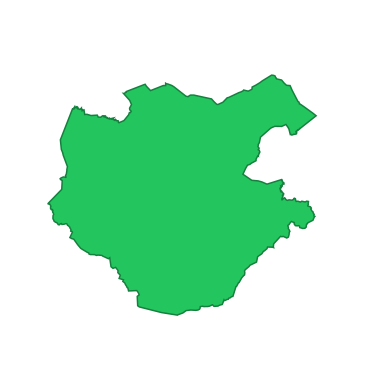 Jaunpiebalgas pag., Jaunpiebalgas, Latvia (Albers equal-area conic projection), rotated 163°
{"feature_id": "27541924B32667886531157", "entity_name": "Jaunpiebalgas pag.", "entity_type": "district", "adm_level": 2, "iso_a3": "LVA", "parent_name": "Latvia", "parent_adm1": "Jaunpiebalgas", "projection": "albers", "projection_center": [26.006, 57.148], "detail": "fine", "context": "isolated", "style": "filled", "palette": "green", "viewbox_px": 384, "rotation_deg": 163, "n_neighbors": 0, "source": "geoboundaries", "source_scale": "gbopen_adm2", "svg_char_len": 6003}
<svg xmlns="http://www.w3.org/2000/svg" viewBox="0 0 384 384"><g transform="rotate(163 192 192)"><path d="M192.9,78.7L191.9,78.6L190.0,79.0L188.7,78.8L187.8,79.7L186.5,79.6L184.8,80.3L183.4,80.2L177.6,88.7L177.0,88.7L174.0,91.7L173.5,91.6L169.5,95.4L167.1,96.9L166.0,97.3L165.1,99.3L164.8,101.2L163.8,102.1L159.3,104.0L158.0,105.0L150.8,106.1L148.1,111.0L143.3,112.5L141.0,114.4L140.0,114.5L136.8,115.9L135.9,117.3L131.2,115.7L130.2,115.0L130.2,115.9L129.0,118.6L120.3,123.7L119.1,122.9L117.8,122.9L114.8,120.3L113.0,120.7L111.6,122.9L110.7,125.2L110.0,125.5L110.0,126.9L110.6,128.8L110.2,129.8L110.2,131.8L109.6,132.3L109.0,132.3L106.5,134.3L105.3,134.7L104.9,134.1L103.2,133.0L103.1,132.5L103.6,131.9L103.6,131.5L103.0,129.6L101.4,128.9L99.8,128.6L99.2,127.9L99.4,126.5L96.7,124.7L94.6,124.3L93.1,125.0L91.9,127.7L91.1,127.8L90.1,128.7L84.6,129.6L82.3,132.4L81.6,132.8L82.4,133.6L82.3,134.1L81.7,134.9L82.1,135.9L82.1,136.6L82.3,136.8L82.1,137.7L83.0,139.1L83.1,140.3L83.4,140.9L83.2,141.3L82.6,141.6L82.6,141.9L82.8,142.1L83.0,143.1L85.3,144.8L85.1,145.4L84.3,146.2L84.2,147.5L83.4,148.5L83.4,148.9L85.0,149.7L86.7,149.4L89.7,151.1L91.3,150.7L93.5,152.3L95.1,152.5L95.4,154.4L95.1,154.7L95.1,155.4L95.8,156.1L96.5,156.0L97.0,155.3L98.7,154.9L101.1,156.0L102.3,156.2L102.9,156.0L103.6,156.3L104.5,157.4L104.7,158.7L105.3,159.4L105.8,159.3L108.2,158.2L108.3,158.4L108.1,159.3L106.2,161.5L106.5,161.9L106.3,162.0L106.1,162.7L105.3,162.6L104.8,163.6L105.5,164.7L105.5,165.1L105.9,165.5L106.1,166.2L106.8,166.1L107.0,167.0L106.3,167.0L106.5,167.3L106.7,168.6L107.0,169.0L106.8,169.7L106.6,169.6L106.5,169.9L106.1,170.0L105.8,170.6L105.3,170.1L104.8,170.8L105.0,171.6L104.3,171.1L104.0,171.2L103.8,171.6L103.8,172.6L103.1,173.1L102.6,172.9L102.6,173.3L102.3,173.4L101.6,173.0L101.5,174.0L102.1,174.3L102.2,175.0L102.5,175.2L102.3,175.7L102.6,176.3L102.4,176.4L102.3,177.0L102.9,177.1L102.8,177.7L118.0,177.6L122.1,181.1L125.5,183.3L131.4,185.7L138.1,194.1L133.8,198.9L131.1,201.4L128.5,201.5L126.7,202.2L121.6,203.2L121.1,204.7L118.7,207.2L118.2,206.8L118.2,207.3L117.6,207.7L116.4,209.6L116.2,209.5L115.4,210.4L115.5,212.3L116.3,213.0L115.8,213.7L115.1,214.1L115.1,214.7L115.7,216.1L114.6,217.9L114.7,218.2L113.2,219.4L110.5,224.4L98.6,229.8L97.3,230.2L93.6,230.6L87.1,228.5L82.4,229.1L81.2,225.4L80.9,223.7L81.2,218.3L80.6,218.3L80.5,217.7L80.1,217.4L78.8,217.2L77.8,217.5L77.2,217.2L75.4,217.0L75.0,217.2L75.0,217.6L74.7,217.9L75.0,218.1L75.0,218.4L74.8,218.5L74.8,218.9L74.6,218.7L74.1,219.6L73.9,219.5L73.4,220.1L72.8,220.1L72.9,220.4L72.7,220.6L72.1,220.6L72.2,220.3L72.0,220.2L71.2,220.7L70.7,220.7L70.3,221.3L69.9,221.2L51.0,228.6L53.4,232.1L60.2,241.1L62.9,244.5L63.5,244.8L63.4,245.5L63.5,246.9L64.2,247.5L66.5,260.0L67.1,265.1L70.4,266.4L72.0,269.1L73.6,272.9L78.1,275.5L78.1,276.4L78.5,276.7L78.6,278.6L79.7,279.6L81.7,280.5L92.4,277.7L95.1,276.7L99.8,275.5L103.8,274.8L104.5,272.9L105.3,272.6L108.7,272.0L112.8,274.4L113.9,273.7L116.0,273.4L118.4,273.3L129.2,271.7L130.8,271.8L136.2,268.8L141.6,268.1L142.7,268.6L144.5,271.8L146.1,275.3L162.0,284.2L165.1,285.1L166.4,284.9L167.8,284.3L169.8,285.4L178.6,298.0L180.2,299.8L183.6,302.4L184.7,302.9L185.4,303.7L186.1,301.5L188.4,302.2L202.0,301.1L204.7,306.5L205.3,308.7L206.2,308.7L225.4,307.3L225.4,306.9L225.7,306.6L226.7,306.7L227.8,305.9L228.7,306.3L224.8,297.8L224.3,293.3L227.2,290.4L227.5,288.8L226.5,287.0L227.7,285.9L228.6,286.3L230.1,284.3L236.2,280.2L241.6,279.6L242.0,280.0L241.8,280.7L241.8,281.7L243.4,282.3L243.5,282.9L244.0,283.9L244.5,283.8L244.3,283.2L244.8,283.0L245.0,283.1L245.0,283.6L245.7,283.9L245.9,284.1L245.8,285.4L245.3,285.7L247.0,285.8L246.9,285.1L247.3,284.9L248.4,285.9L249.2,285.8L249.3,286.0L249.1,286.4L249.2,286.7L249.9,286.3L250.7,286.8L250.9,287.7L251.6,287.4L251.8,287.6L251.7,287.9L252.1,288.7L252.6,288.7L252.5,289.4L253.3,289.4L252.7,290.0L252.8,290.3L253.4,290.3L253.5,289.9L254.2,290.0L254.4,290.3L254.3,290.7L255.3,291.0L257.5,290.2L259.8,291.1L260.1,293.2L266.3,294.7L269.7,297.0L271.9,297.5L271.3,302.1L272.8,301.9L272.4,302.4L272.5,302.7L273.5,302.9L273.2,303.5L273.5,303.6L273.5,304.0L273.3,304.6L274.0,304.2L273.8,304.0L273.8,303.8L275.4,303.9L276.0,304.7L276.8,304.8L276.9,305.8L276.4,306.1L276.6,306.7L277.1,307.3L277.6,307.3L277.8,307.2L278.0,306.6L278.3,306.4L278.6,307.0L279.1,307.2L279.1,307.9L279.4,307.6L280.2,307.2L280.2,306.4L280.7,305.9L281.9,306.5L302.6,280.4L304.5,270.9L304.2,267.4L304.4,264.7L303.7,252.7L305.1,250.1L305.2,249.5L307.1,245.6L308.1,244.9L308.2,243.0L308.5,242.9L310.0,243.8L310.8,244.0L313.3,243.7L314.2,243.3L314.1,242.3L313.6,242.0L312.8,240.8L315.8,232.6L333.0,223.1L333.0,222.6L332.8,222.5L331.7,222.1L331.8,221.8L331.5,221.6L331.2,220.7L331.2,219.7L331.4,219.7L331.5,219.1L331.8,218.6L331.9,218.0L332.1,217.5L332.0,217.1L331.8,217.0L331.8,216.5L331.3,216.3L331.2,215.8L330.7,215.9L330.7,215.5L330.4,215.2L330.6,214.5L331.1,214.0L331.1,213.2L330.8,212.6L330.8,211.1L331.8,210.0L332.7,207.5L332.7,206.5L332.4,205.5L332.5,204.6L331.5,203.1L330.4,202.3L329.8,201.2L329.5,199.9L328.5,199.4L327.8,199.6L327.3,200.1L326.2,200.0L325.9,199.0L323.7,198.6L321.7,198.6L320.8,197.7L320.7,197.0L320.8,196.5L320.0,195.8L319.6,194.8L319.1,194.1L319.3,193.5L318.9,192.3L318.8,191.3L319.4,190.0L318.3,189.3L318.1,188.6L322.1,184.1L320.4,182.4L318.9,181.5L316.7,174.9L314.8,170.5L309.6,164.7L308.6,164.1L308.6,162.7L307.3,161.8L303.5,160.6L301.9,159.3L300.4,159.2L296.7,157.7L296.2,156.9L291.4,152.6L289.9,153.2L291.3,144.2L289.9,142.1L287.1,142.2L285.7,138.6L286.5,136.5L284.9,133.4L287.0,130.6L283.2,128.1L284.3,126.7L282.9,124.8L282.7,122.9L282.1,121.0L282.0,119.6L281.4,119.0L281.6,115.9L273.7,113.9L273.1,112.4L272.7,110.7L272.6,109.1L274.9,108.2L277.2,99.1L276.0,97.5L256.4,85.6L241.9,78.5L241.4,78.7L236.0,79.0L232.3,80.3L227.7,79.5L222.9,77.7L220.7,77.4L219.0,77.7L218.3,78.5L217.6,80.0L215.1,79.6L214.3,79.0L210.4,77.9L208.6,77.7L205.4,78.2L204.4,76.2L200.5,75.3L198.7,75.7L195.9,75.6L193.0,79.4L192.9,78.7Z" fill="#22c55e" stroke="#15803d" stroke-width="1.5"/></g></svg>